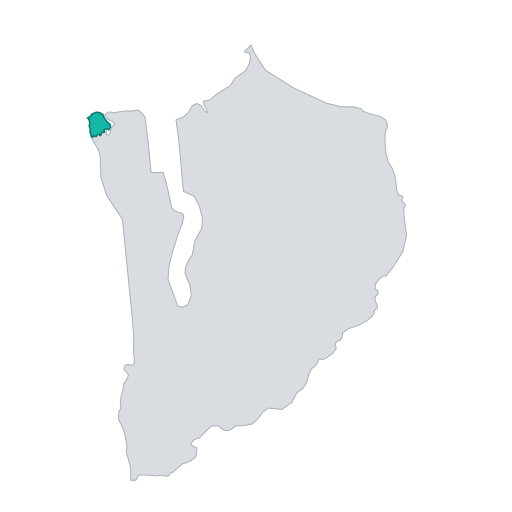 Oussouye, Ziguinchor, Senegal (highlighted), rotated 84°
{"feature_id": "50182788B11051302290888", "entity_name": "Oussouye", "entity_type": "district", "adm_level": 2, "iso_a3": "SEN", "parent_name": "Senegal", "parent_adm1": "Ziguinchor", "projection": "mercator", "projection_center": [-16.597, 12.494], "detail": "fine", "context": "in_parent", "style": "filled", "palette": "teal", "viewbox_px": 512, "rotation_deg": 84, "n_neighbors": 0, "source": "geoboundaries", "source_scale": "gbopen_adm2", "svg_char_len": 5725}
<svg xmlns="http://www.w3.org/2000/svg" viewBox="0 0 512 512"><g transform="rotate(84 256 256)"><path d="M405.0,235.2L411.4,246.5L410.0,252.0L408.5,259.9L412.2,265.7L416.4,269.5L419.5,272.9L422.8,277.7L423.4,287.2L422.8,294.1L425.0,297.2L426.8,301.1L426.4,304.3L425.2,307.2L421.1,311.0L420.4,318.1L427.1,326.7L431.3,331.4L431.3,334.1L432.5,337.0L435.6,340.4L437.6,339.6L439.7,336.8L440.7,334.9L446.4,335.7L449.1,336.6L452.8,342.2L454.1,346.0L455.0,350.6L458.8,356.5L462.1,360.6L462.8,363.2L465.8,366.7L464.0,374.4L464.2,378.3L462.2,388.7L461.7,393.6L461.8,395.4L466.4,399.1L465.9,404.3L461.3,403.4L453.3,402.8L437.3,405.5L431.8,404.4L421.2,404.8L413.7,406.3L404.2,409.7L396.9,408.8L392.9,406.2L387.6,406.3L381.7,404.9L375.4,402.3L369.6,401.0L363.4,396.2L360.5,395.4L358.5,396.6L356.7,398.2L354.9,399.2L351.6,398.3L350.3,395.1L351.4,392.0L351.7,389.6L350.1,388.3L346.3,387.9L340.2,387.9L330.3,386.9L328.0,386.3L305.9,385.5L283.0,385.4L263.5,385.3L239.0,385.2L221.7,385.1L205.6,385.0L193.2,391.4L179.7,398.3L161.6,402.0L140.8,400.6L134.1,401.6L127.2,404.7L122.2,406.9L115.0,408.2L105.7,407.1L102.0,407.8L99.6,404.7L97.0,399.6L98.6,395.8L104.3,393.4L112.8,390.3L117.3,391.9L119.9,392.0L120.4,390.0L119.5,388.9L113.1,386.2L109.8,382.6L107.0,384.7L104.6,389.1L102.7,390.4L99.8,391.7L98.1,388.7L97.4,385.7L98.7,383.5L98.1,370.8L98.8,364.0L98.4,358.1L102.5,354.2L106.3,351.8L121.2,351.6L135.0,351.3L148.4,351.5L162.0,351.6L163.3,339.8L167.6,338.8L174.1,337.6L186.1,336.2L199.4,334.8L202.3,332.5L204.5,328.5L205.9,325.0L208.7,323.5L212.4,324.7L217.3,326.5L222.4,329.4L228.2,332.1L232.1,333.7L241.4,337.9L257.4,343.7L270.5,346.0L286.4,341.8L297.8,339.0L299.2,334.0L297.4,329.0L288.9,324.4L277.3,324.9L273.8,326.2L268.4,327.7L265.1,328.3L259.7,327.2L252.7,323.3L248.4,319.3L242.2,317.4L235.0,315.6L223.4,307.4L217.3,305.9L211.6,305.5L200.6,307.1L189.8,311.5L184.2,321.4L173.4,321.3L150.5,320.9L129.5,320.7L112.2,321.3L110.4,314.1L106.3,308.4L99.7,303.5L98.2,299.0L100.5,295.0L106.9,291.7L108.4,289.4L105.0,289.8L99.9,291.9L96.5,292.0L96.1,285.7L90.4,277.6L84.0,263.8L76.8,258.2L70.8,247.1L64.4,242.8L58.6,240.8L53.6,241.2L51.8,246.3L45.6,239.0L54.1,236.4L72.2,227.2L93.0,200.8L111.6,169.6L114.0,162.2L116.3,156.6L117.8,143.8L120.5,136.1L123.0,134.7L126.1,128.8L130.0,118.5L134.3,112.8L139.1,111.7L142.9,112.2L145.6,114.3L153.4,115.6L166.5,116.1L176.6,114.6L183.7,111.0L193.0,109.2L204.6,109.2L210.7,107.7L211.3,104.7L212.8,103.8L215.2,105.0L217.5,104.6L219.7,102.5L221.8,102.3L223.9,104.1L233.6,104.7L250.9,104.0L266.9,109.4L281.5,120.9L289.1,128.5L289.6,132.4L292.0,136.2L296.4,140.1L300.4,140.9L304.0,138.4L306.9,138.7L308.9,141.7L313.1,142.3L317.8,140.4L321.1,141.1L321.7,142.8L322.5,143.8L324.7,144.2L327.8,146.5L332.0,152.6L335.5,161.1L338.1,172.0L341.6,177.9L346.0,178.9L348.6,181.1L349.1,183.7L350.3,185.5L352.4,186.4L356.2,185.9L360.5,189.5L365.2,197.5L365.9,201.1L365.2,203.1L365.4,204.5L368.5,205.8L371.5,208.4L373.9,212.4L379.0,215.8L387.0,218.9L392.7,223.4L396.2,229.5L403.5,234.6L405.0,235.2Z" fill="#d9dde1" stroke="#a8b0b8" stroke-width="1"/><path d="M99.1,393.6L99.2,393.8L99.2,394.2L99.0,394.3L98.7,394.5L98.3,394.8L98.0,395.1L97.8,395.4L97.6,395.6L97.5,395.8L97.4,396.0L97.2,396.4L97.1,396.6L96.9,397.3L96.7,397.7L96.5,398.3L96.4,398.5L96.4,399.0L96.5,399.6L96.5,400.0L96.5,400.5L96.6,400.9L96.7,401.0L96.8,401.3L97.0,401.7L97.0,401.9L97.1,402.6L97.2,402.8L97.3,403.0L97.4,403.4L97.4,403.5L97.6,403.9L97.7,404.3L97.8,404.3L98.1,404.5L98.2,404.8L98.5,404.8L98.7,405.0L98.8,405.2L99.0,405.3L99.2,405.5L99.3,405.7L99.3,405.8L99.5,405.9L99.8,405.9L99.9,406.0L100.1,406.4L100.2,406.7L100.2,406.8L100.3,407.2L100.4,407.5L100.4,407.8L100.5,407.9L100.6,408.0L100.8,408.1L100.9,408.3L101.0,408.4L101.1,408.5L101.2,408.9L101.3,408.9L101.3,409.0L101.4,408.9L101.5,408.9L101.9,408.6L102.3,408.3L103.1,407.8L103.3,407.6L103.5,407.5L103.8,407.5L104.0,407.5L104.4,407.6L104.6,407.6L105.1,407.5L105.6,407.5L105.8,407.5L106.0,407.5L106.5,407.5L106.8,407.5L107.0,407.5L107.3,407.6L107.7,407.8L108.0,407.9L108.2,408.0L108.7,408.2L109.0,408.3L109.4,408.3L109.6,408.3L109.8,408.3L110.2,408.1L110.8,408.0L111.5,407.8L113.0,407.5L113.2,407.4L113.4,407.4L113.5,407.5L114.0,407.6L114.3,407.7L114.7,407.8L115.0,407.9L115.5,408.1L115.9,408.0L116.5,407.9L116.8,407.8L117.5,407.6L118.1,407.5L118.6,407.4L119.2,407.4L119.7,407.3L119.9,407.0L120.0,407.0L120.0,406.9L120.1,406.7L120.2,406.4L120.3,406.4L120.5,406.4L120.5,406.5L120.8,406.4L120.9,406.2L120.7,406.0L120.6,405.9L120.3,405.9L120.1,406.0L120.0,405.9L119.8,405.8L119.8,405.5L119.7,405.3L119.8,405.0L119.7,404.9L119.7,404.5L119.7,404.4L119.8,404.3L119.8,404.2L120.0,403.9L120.1,403.7L120.2,403.4L120.3,403.3L120.3,403.2L120.5,403.0L120.6,402.9L120.6,402.7L120.5,402.3L120.2,402.1L119.6,401.9L119.4,401.6L119.1,401.2L118.8,400.5L118.7,400.1L118.6,399.8L118.5,399.5L118.4,399.1L118.6,398.9L118.9,398.7L119.2,398.7L119.4,398.7L119.5,398.7L119.8,398.7L120.0,398.5L119.9,398.2L119.7,397.8L119.5,397.4L119.3,397.3L118.9,397.2L118.6,397.2L118.3,397.1L117.9,396.9L117.5,396.6L117.2,396.2L117.1,395.8L116.9,395.5L116.9,395.2L116.9,394.8L117.2,394.5L117.2,394.3L117.2,394.2L117.0,393.8L116.7,393.7L116.3,393.6L116.1,393.6L115.8,393.7L115.5,393.9L115.2,394.0L114.8,394.0L114.6,393.8L114.4,393.6L114.2,393.2L113.9,392.2L113.9,391.8L113.9,391.5L114.0,390.9L114.1,390.6L114.4,390.1L114.6,389.7L114.9,389.3L115.1,389.1L114.2,388.4L113.6,388.0L112.5,387.4L111.9,387.2L111.2,387.1L110.9,387.1L110.5,387.2L110.2,387.3L109.7,387.6L109.1,388.1L108.7,388.5L108.4,388.7L108.0,389.1L107.4,389.6L107.0,390.0L106.7,390.2L105.7,390.8L104.9,391.3L104.0,391.8L103.0,392.3L102.9,392.4L102.1,392.7L101.6,392.9L100.9,393.1L100.1,393.3L99.5,393.5L99.1,393.6Z" fill="#14b8a6" stroke="#0f766e" stroke-width="1.5"/></g></svg>